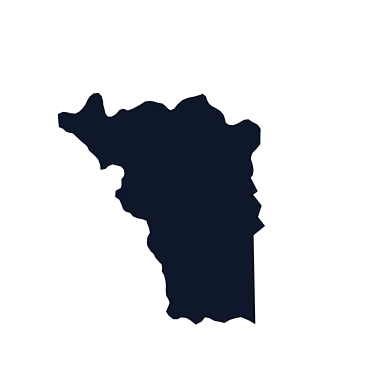 Herval d'Oeste, Santa Catarina, Brazil (orthographic projection), rotated 53°
{"feature_id": "56859067B7033664236928", "entity_name": "Herval d'Oeste", "entity_type": "district", "adm_level": 2, "iso_a3": "BRA", "parent_name": "Brazil", "parent_adm1": "Santa Catarina", "projection": "orthographic", "projection_center": [-51.434, -27.189], "detail": "fine", "context": "isolated", "style": "filled", "palette": "ink", "viewbox_px": 384, "rotation_deg": 53, "n_neighbors": 0, "source": "geoboundaries", "source_scale": "gbopen_adm2", "svg_char_len": 2036}
<svg xmlns="http://www.w3.org/2000/svg" viewBox="0 0 384 384"><g transform="rotate(53 192 192)"><path d="M334.1,220.8L262.8,169.2L262.3,154.8L251.3,155.2L244.4,145.3L234.3,145.5L230.2,145.7L230.2,139.7L215.3,137.2L214.4,133.7L211.0,130.2L205.8,127.5L200.7,125.8L198.4,123.5L196.4,120.2L195.6,114.7L194.1,109.0L191.1,106.7L187.1,103.6L182.7,100.0L178.2,99.8L174.8,101.3L171.7,102.7L168.3,103.8L166.4,107.3L165.9,111.3L165.3,115.6L164.0,119.5L161.2,122.6L157.2,124.2L152.6,122.2L148.9,121.1L145.3,121.2L139.9,123.1L135.4,125.3L131.1,126.0L127.3,125.3L123.9,124.2L120.7,124.9L119.3,129.3L117.6,133.6L115.2,138.5L113.6,144.4L114.0,150.5L115.4,155.9L114.7,160.3L111.6,161.7L108.1,162.1L103.9,163.1L100.8,166.1L97.1,168.7L94.6,171.2L92.2,175.2L91.8,181.4L91.2,185.3L90.5,189.6L88.8,194.9L85.0,197.0L83.6,200.3L84.8,205.7L84.2,211.1L81.6,214.6L77.4,214.8L72.5,212.6L68.7,211.1L65.5,209.0L60.8,207.2L57.1,207.7L54.8,211.5L55.0,216.3L56.4,220.0L58.8,224.4L60.3,229.9L60.7,233.8L59.9,238.4L56.7,242.0L53.7,244.3L51.0,247.2L49.9,251.8L54.4,254.9L60.0,258.3L64.0,256.1L67.4,255.6L70.2,253.9L73.2,251.0L77.0,250.6L80.3,249.9L83.4,249.5L86.8,248.7L92.1,247.5L97.1,248.5L103.2,247.2L109.5,246.6L115.3,248.3L119.0,250.6L120.7,247.0L120.2,243.1L121.6,238.3L125.9,234.8L128.8,232.5L133.2,232.2L136.5,233.9L138.9,236.1L140.0,240.3L144.1,243.1L146.7,246.0L145.9,252.0L149.7,255.4L154.6,253.9L159.8,255.2L164.3,256.6L167.6,256.0L171.0,253.3L175.9,253.0L179.8,250.6L183.5,247.3L187.4,244.9L190.5,246.1L194.5,247.1L199.6,249.4L202.1,254.7L205.4,257.7L208.2,259.3L211.4,259.7L214.7,259.9L218.1,259.1L222.8,260.0L226.9,259.7L231.5,259.1L234.6,260.5L237.5,263.1L242.0,263.7L246.8,265.7L251.4,268.4L254.8,271.3L259.3,274.2L263.7,274.7L267.5,275.9L270.3,280.4L272.3,284.0L276.8,284.2L281.8,282.9L284.2,279.8L284.8,275.8L288.5,271.9L293.2,269.8L299.5,268.2L300.5,262.3L299.0,256.9L302.4,253.6L308.1,250.9L312.3,247.0L315.4,244.6L316.1,238.7L318.3,232.6L320.8,227.7L324.2,225.6L328.6,223.1L334.1,220.8Z" fill="#0f172a" stroke="#020617" stroke-width="1.5"/></g></svg>